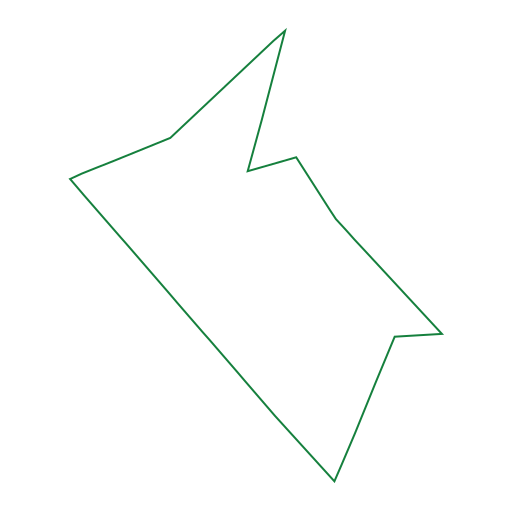 Lajedo, Pernambuco, Brazil (Albers equal-area conic projection)
{"feature_id": "56859067B99804914790127", "entity_name": "Lajedo", "entity_type": "district", "adm_level": 2, "iso_a3": "BRA", "parent_name": "Brazil", "parent_adm1": "Pernambuco", "projection": "albers", "projection_center": [-36.292, -8.674], "detail": "fine", "context": "isolated", "style": "outline", "palette": "green", "viewbox_px": 512, "rotation_deg": 0, "n_neighbors": 0, "source": "geoboundaries", "source_scale": "gbopen_adm2", "svg_char_len": 541}
<svg xmlns="http://www.w3.org/2000/svg" viewBox="0 0 512 512"><path d="M170.3,137.9L113.5,161.0L97.3,167.4L81.8,173.6L70.1,179.0L84.0,195.3L120.3,237.0L125.1,242.4L149.6,270.7L169.5,293.7L177.5,303.1L202.8,332.3L209.2,339.5L238.3,373.2L244.6,380.6L275.0,415.9L286.9,429.0L334.4,481.3L341.4,465.2L354.9,433.5L375.9,381.9L394.7,336.7L441.9,333.9L373.2,259.7L368.2,254.3L354.5,239.6L346.4,230.5L335.9,219.1L330.1,210.3L296.2,157.3L247.7,171.2L261.7,120.2L285.1,30.7L273.5,40.8L170.3,137.9Z" fill="none" stroke="#15803d" stroke-width="2"/></svg>